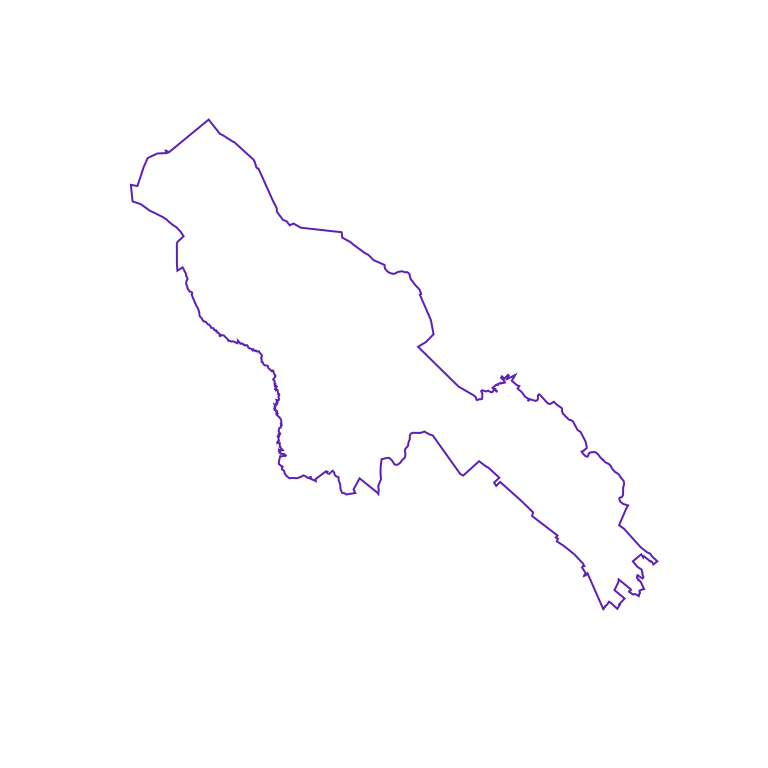 Aquismón, San Luis Potosí, Mexico, rotated 143°
{"feature_id": "50627088B80825947676467", "entity_name": "Aquismón", "entity_type": "district", "adm_level": 2, "iso_a3": "MEX", "parent_name": "Mexico", "parent_adm1": "San Luis Potosí", "projection": "equal_earth", "projection_center": [-99.086, 21.748], "detail": "fine", "context": "isolated", "style": "outline", "palette": "violet", "viewbox_px": 768, "rotation_deg": 143, "n_neighbors": 0, "source": "geoboundaries", "source_scale": "gbopen_adm2", "svg_char_len": 6111}
<svg xmlns="http://www.w3.org/2000/svg" viewBox="0 0 768 768"><g transform="rotate(143 384 384)"><path d="M364.9,700.7L416.5,698.5L417.7,701.9L417.9,701.9L418.0,700.1L418.6,699.2L426.3,704.5L436.7,706.7L445.3,701.9L461.8,690.5L466.3,695.4L474.9,681.2L470.1,674.1L466.7,663.4L460.0,650.0L458.5,645.8L458.4,643.9L457.0,638.2L455.5,634.3L454.8,628.7L455.1,622.6L463.3,621.8L465.0,620.7L477.7,603.7L480.8,598.8L474.6,598.4L476.0,590.5L477.0,589.6L477.2,587.1L477.7,586.0L479.6,585.3L481.7,583.2L482.8,579.3L483.4,578.7L483.6,574.7L482.7,574.0L482.2,572.7L482.9,571.5L483.9,571.1L486.8,559.4L487.1,556.1L488.8,551.6L490.1,549.9L490.4,547.8L490.0,546.8L490.4,543.8L490.1,543.1L490.4,542.7L488.9,540.8L488.8,537.6L488.0,536.9L487.8,534.3L488.3,533.1L486.6,531.0L487.1,529.4L485.8,527.9L486.3,527.0L485.7,526.5L486.1,525.4L485.5,524.8L485.5,523.3L485.0,522.2L486.1,521.7L486.2,521.1L485.8,520.7L484.6,520.9L482.7,519.3L481.8,512.7L482.3,512.2L480.8,510.9L480.5,509.8L478.6,508.7L476.8,505.0L476.1,505.5L475.4,504.9L474.6,506.3L474.3,503.6L474.5,502.6L472.7,501.6L472.6,499.8L471.8,499.4L471.7,498.3L470.1,497.6L470.0,496.2L470.5,494.4L468.6,491.4L468.6,489.8L467.6,490.3L467.0,487.8L466.1,487.8L466.0,486.5L464.2,485.3L464.5,484.4L464.2,480.7L464.8,479.7L466.0,479.2L466.1,478.4L466.9,478.0L467.0,477.2L468.4,475.3L467.8,474.0L468.3,472.4L468.1,470.7L465.9,468.7L466.9,465.7L466.3,464.6L466.0,461.9L464.8,461.8L464.5,461.3L465.5,459.0L465.8,455.6L469.8,454.3L469.6,452.1L470.3,451.4L470.6,450.2L471.2,450.0L470.8,449.2L472.3,448.5L472.5,446.7L471.2,446.9L471.1,446.5L474.0,445.6L474.1,444.3L473.2,444.6L472.6,443.5L474.6,439.5L473.9,439.1L474.0,438.5L476.4,436.9L476.6,435.7L477.7,434.5L478.2,434.4L479.4,435.8L479.5,435.1L480.3,434.7L480.2,433.2L481.9,432.3L482.1,433.1L483.5,432.2L483.8,433.1L484.3,431.4L484.8,431.4L485.2,432.3L485.3,430.7L485.8,430.0L486.5,430.2L487.0,429.1L486.1,428.6L486.5,427.2L485.9,426.9L486.0,426.0L487.4,425.6L486.8,424.4L488.3,424.1L487.5,420.2L487.8,417.1L489.5,414.5L490.2,414.5L490.5,412.8L491.2,413.1L492.5,411.4L494.2,411.8L496.5,409.9L496.8,407.3L497.2,406.4L497.9,406.6L497.8,408.2L499.4,405.2L499.8,405.1L499.9,406.4L500.3,406.3L501.8,402.1L503.8,402.0L504.6,401.4L504.8,401.0L503.5,400.7L502.7,399.7L504.4,397.6L504.5,396.6L505.1,396.4L504.7,392.1L506.5,393.1L507.4,394.7L508.4,393.5L507.8,392.4L507.9,392.0L508.8,391.7L508.4,390.3L506.0,388.3L505.5,385.9L506.2,385.8L507.2,387.1L508.6,387.3L510.3,388.8L514.8,385.2L516.1,383.3L515.4,380.3L514.7,379.0L516.0,378.5L516.8,377.3L516.1,374.8L517.2,372.0L517.2,369.5L516.3,365.6L513.9,364.3L510.3,361.2L507.2,360.1L503.4,359.5L502.5,358.2L501.0,354.3L498.6,354.0L498.4,353.5L499.8,352.8L496.9,347.5L496.2,349.2L482.7,349.2L482.1,348.2L483.0,348.1L482.8,346.3L481.9,345.3L477.3,345.6L477.0,343.4L478.0,341.2L477.9,339.3L476.4,337.0L478.2,334.3L479.2,330.6L482.0,326.2L483.0,322.1L481.3,320.6L480.8,318.6L472.5,314.2L471.8,318.1L460.3,323.3L454.8,301.7L454.7,299.6L452.0,302.5L450.0,306.0L443.8,309.7L440.0,315.5L436.5,319.9L431.2,325.4L426.1,323.1L424.3,321.8L423.6,318.3L424.0,313.6L422.9,312.0L421.1,311.3L417.8,311.4L415.9,312.2L411.8,312.7L410.4,313.7L408.6,315.8L407.7,317.9L406.1,319.3L402.0,320.2L399.9,322.4L396.5,324.5L394.4,327.3L392.7,328.2L390.6,327.9L384.4,323.0L380.4,321.7L378.1,316.6L376.0,313.5L377.3,266.2L375.8,263.2L354.5,265.1L352.0,256.3L351.0,254.5L348.3,239.8L355.4,239.0L355.7,235.1L350.2,235.9L344.6,207.7L342.2,191.8L345.2,189.4L336.6,158.5L339.2,157.9L338.2,155.7L340.7,154.3L337.9,146.8L334.5,133.4L333.1,120.6L333.7,118.1L334.9,118.9L335.9,118.1L336.3,118.2L336.8,111.1L338.6,111.1L339.7,110.3L338.1,109.8L335.4,110.3L344.4,72.2L343.8,72.2L343.7,72.9L341.5,72.9L341.2,73.5L339.1,73.4L335.3,74.7L334.4,71.9L333.0,64.1L328.5,65.7L328.7,66.5L320.9,67.9L324.0,80.7L316.1,84.6L314.2,86.7L310.4,71.3L311.2,70.7L312.6,71.0L313.3,70.7L311.8,65.9L310.3,65.5L309.6,64.7L308.1,61.3L306.2,63.0L305.4,62.9L304.4,65.2L301.9,64.7L299.7,63.7L298.0,71.8L299.0,74.4L298.3,74.7L298.7,77.1L296.2,79.3L296.5,78.6L294.6,73.1L293.2,73.5L292.7,74.3L292.3,76.6L291.0,77.8L291.0,78.6L289.9,80.7L291.6,85.3L292.0,92.6L281.1,93.2L281.4,89.3L280.0,90.0L278.1,82.0L277.6,82.1L277.0,80.7L277.5,77.8L272.4,77.9L273.7,85.0L273.5,88.2L275.2,91.3L277.2,98.9L279.5,124.3L281.3,129.7L266.1,138.4L262.1,140.1L265.2,144.3L266.1,148.1L265.5,150.2L264.5,151.3L261.7,150.6L259.9,151.5L255.1,157.6L252.5,159.5L251.2,161.6L251.0,162.7L251.2,166.8L250.8,170.4L252.5,175.2L252.8,179.0L252.2,182.4L252.4,184.3L254.4,188.5L254.7,192.0L255.0,192.0L255.4,195.2L255.4,199.1L255.9,201.7L257.4,203.5L259.0,204.1L260.0,205.1L262.3,205.3L264.3,203.7L265.6,203.6L266.6,205.6L267.1,209.7L266.8,211.1L264.8,210.4L263.6,210.9L261.0,210.6L259.5,212.5L257.6,217.0L255.9,227.2L257.1,230.9L255.6,240.4L256.6,242.8L257.8,244.3L258.9,252.5L258.2,255.3L257.0,256.4L256.6,258.0L258.3,263.2L259.1,267.7L263.0,267.9L264.5,269.3L264.9,270.3L266.0,281.8L266.6,282.5L267.9,282.3L270.1,279.4L271.5,278.8L273.3,279.5L276.6,284.0L279.4,283.7L277.4,285.1L279.0,288.9L278.9,295.0L280.1,299.9L277.2,300.9L278.6,303.3L280.0,309.7L273.8,312.2L282.6,313.9L279.2,315.8L279.4,316.6L284.7,315.8L285.2,319.1L286.8,318.5L286.2,315.2L286.6,312.4L290.2,314.0L290.0,314.6L294.0,315.6L294.0,315.1L295.0,315.8L299.6,315.6L299.2,313.9L298.1,313.1L298.5,309.3L298.9,312.6L299.5,313.3L302.4,312.3L303.6,313.3L304.9,316.0L307.0,316.6L309.4,320.0L310.7,319.8L311.3,316.9L314.6,313.1L316.5,313.9L317.3,314.7L319.3,315.0L319.6,315.8L318.6,318.4L319.2,321.0L326.0,337.0L334.4,393.2L325.1,392.3L314.5,393.9L308.1,406.8L301.6,433.8L300.0,433.6L298.8,438.1L299.5,444.7L299.5,452.1L297.5,456.6L297.8,458.5L298.5,459.7L299.8,460.4L301.8,463.2L305.4,465.1L308.8,465.6L310.2,466.3L312.0,468.4L313.3,470.8L313.8,474.8L313.4,476.6L311.9,478.7L317.7,489.0L318.8,496.6L320.6,500.5L324.6,513.7L325.3,517.3L329.2,525.9L326.5,530.7L356.4,558.9L359.7,566.6L363.8,567.5L363.9,572.8L365.9,575.8L365.9,585.6L365.2,587.2L363.9,588.9L362.2,598.3L354.6,631.6L355.3,632.2L355.6,633.7L353.5,639.3L353.2,641.7L358.1,667.6L358.9,668.6L362.9,679.5L364.5,682.6L364.9,700.7Z" fill="none" stroke="#5b21b6" stroke-width="2"/></g></svg>